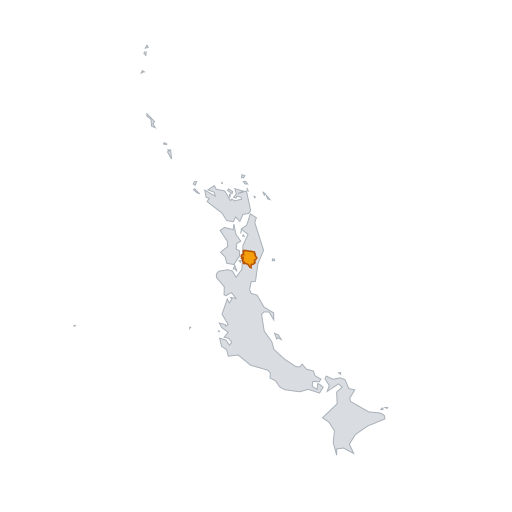 Okayama highlighted on a map of Japan, rotated 112°
{"feature_id": "JPN-1822", "entity_name": "Okayama", "entity_type": "Prefecture", "adm_level": 1, "iso_a3": "JPN", "parent_name": "Japan", "parent_adm1": "", "projection": "orthographic", "projection_center": [133.872, 34.876], "detail": "fine", "context": "in_parent", "style": "filled", "palette": "amber", "viewbox_px": 512, "rotation_deg": 112, "n_neighbors": 0, "source": "natural_earth", "source_scale": "10m", "svg_char_len": 6032}
<svg xmlns="http://www.w3.org/2000/svg" viewBox="0 0 512 512"><g transform="rotate(112 256 256)"><path d="M352.5,144.6L359.3,145.8L360.0,157.5L365.5,164.6L369.2,179.2L368.6,184.7L364.4,191.1L363.9,197.3L359.2,198.8L357.4,202.2L359.3,220.0L354.5,235.6L359.3,244.1L353.8,248.2L352.7,254.0L345.8,259.0L345.2,252.4L348.6,247.2L344.9,246.2L342.6,250.6L343.2,255.1L337.1,253.2L335.2,260.9L331.9,264.9L331.1,258.8L332.4,257.8L329.8,256.2L322.7,265.7L306.7,266.5L309.6,263.2L305.1,262.2L303.9,264.0L302.8,258.6L299.1,265.1L304.2,269.2L303.8,271.1L296.4,273.9L290.7,284.6L287.6,286.0L284.1,284.9L279.3,277.1L278.8,272.2L283.2,266.5L273.6,264.1L250.9,272.1L239.0,271.5L236.5,279.9L230.8,276.1L219.0,277.1L220.4,270.0L225.4,269.7L247.9,251.1L262.8,251.3L279.6,247.0L281.8,250.8L289.8,249.3L292.5,246.4L291.9,240.4L300.4,229.4L302.1,218.3L308.6,215.6L303.0,222.8L304.8,227.6L308.0,229.0L322.5,220.3L329.6,209.2L335.9,204.4L341.0,190.6L343.6,177.6L342.4,173.7L339.0,172.8L342.1,166.7L341.1,159.7L344.9,156.5L345.8,149.8L349.0,150.2L351.0,156.3L355.8,155.1L356.9,149.4L351.3,151.0L351.1,149.0L352.5,144.6ZM384.2,97.0L395.5,99.0L402.5,91.4L401.3,103.0L404.6,108.8L410.5,106.6L400.1,114.5L388.6,117.8L382.7,126.3L381.1,133.7L362.6,125.4L352.0,130.2L345.3,127.0L343.7,131.6L354.9,139.3L348.6,139.5L344.0,146.0L341.0,145.9L341.4,138.3L337.4,132.3L337.4,127.1L344.1,120.3L343.2,114.3L352.7,115.8L355.5,113.9L358.3,93.0L355.0,81.8L355.6,77.5L358.7,75.4L371.7,88.7L384.2,97.0ZM222.4,283.7L230.0,283.9L227.5,289.5L232.7,289.9L234.1,296.4L229.0,303.5L223.9,321.7L220.0,321.0L220.3,324.2L214.1,328.2L215.8,316.3L212.5,318.6L212.7,325.3L206.4,321.1L209.0,317.9L207.4,309.3L214.2,300.4L212.2,299.7L213.0,296.7L208.7,290.6L207.1,291.8L207.6,296.2L209.8,296.3L209.9,298.9L205.8,297.5L201.5,300.8L200.6,292.3L205.0,296.1L199.3,289.2L216.0,277.9L219.4,278.9L222.4,283.7ZM262.4,271.3L272.2,273.4L273.7,280.4L268.6,284.1L265.8,290.3L257.8,285.8L252.8,288.4L245.8,298.8L241.3,295.9L240.2,287.0L234.7,288.5L243.6,282.6L247.9,275.6L251.5,278.5L257.1,277.0L257.4,273.1L262.4,271.3ZM174.7,401.5L168.5,404.7L167.3,409.6L164.9,410.4L169.3,400.5L172.2,401.1L174.8,397.5L174.7,401.5ZM325.2,205.6L320.7,209.9L320.8,205.5L324.0,201.3L323.6,205.5L325.2,205.6ZM197.8,370.6L192.6,377.1L189.7,374.8L197.8,370.6ZM205.9,306.9L204.1,306.6L205.0,301.8L207.3,301.6L205.9,306.9ZM276.4,272.3L272.6,272.2L277.4,267.8L276.0,270.4L276.4,272.3ZM212.8,341.1L210.1,341.0L209.3,338.8L213.2,338.9L212.8,341.1ZM198.7,266.6L195.6,269.4L198.5,264.1L198.7,266.6ZM217.9,338.9L216.6,338.1L219.5,331.5L219.4,334.7L217.9,338.9ZM185.7,296.4L188.2,296.9L188.9,298.8L185.9,299.5L185.7,296.4ZM196.6,271.0L194.3,273.3L194.8,270.3L196.6,271.0ZM104.7,436.6L101.5,436.1L101.5,435.6L103.1,434.1L104.7,436.6ZM254.3,239.2L252.4,239.6L252.0,237.7L253.3,236.9L254.3,239.2ZM191.7,295.7L190.6,293.7L192.4,290.7L193.3,293.2L191.7,295.7ZM111.3,433.2L110.2,435.8L108.6,435.8L108.0,434.2L111.3,433.2ZM186.8,383.8L185.3,383.6L185.5,380.7L186.2,380.5L186.8,383.8ZM351.6,82.7L349.7,82.2L349.5,81.3L350.9,80.8L351.6,82.7ZM211.6,302.1L209.1,303.7L208.4,302.9L211.6,302.1ZM333.4,135.6L332.4,133.9L334.0,133.2L333.4,135.6ZM237.4,279.3L238.9,278.7L240.8,278.7L237.4,279.3ZM348.2,77.3L348.2,80.3L347.2,77.1L348.2,77.3ZM198.3,288.3L196.2,290.1L199.2,287.1L198.3,288.3ZM129.4,430.9L126.7,430.9L127.1,428.5L127.8,429.7L129.4,430.9ZM202.5,279.1L201.0,280.6L201.7,278.6L202.5,279.1ZM267.7,268.1L266.7,270.0L265.7,268.4L267.7,268.1ZM191.0,376.2L190.6,377.4L190.0,375.8L191.0,376.2ZM340.0,261.7L339.6,263.3L339.3,261.8L340.0,261.7ZM201.4,315.1L200.1,315.5L201.3,314.4L201.4,315.1ZM242.3,274.2L242.3,275.9L241.1,275.7L242.3,274.2ZM348.1,290.4L346.7,290.8L346.6,289.9L348.1,290.4ZM388.9,397.6L389.1,399.2L388.0,397.5L388.9,397.6Z" fill="#d9dde1" stroke="#a8b0b8" stroke-width="1"/><path d="M267.4,265.1L267.0,265.0L266.6,264.9L266.2,264.7L266.2,265.0L266.3,265.1L267.1,265.3L266.7,265.3L266.3,265.8L266.2,265.9L265.9,266.1L265.6,266.1L265.3,266.3L265.5,266.4L265.8,266.3L265.6,266.7L265.2,267.0L264.7,267.2L264.3,267.3L264.1,267.2L263.8,266.9L263.5,266.8L263.0,266.8L262.8,266.9L262.4,267.1L262.2,267.2L262.0,267.3L262.1,267.6L262.3,267.7L262.5,267.6L262.9,267.2L263.1,267.1L263.4,267.0L263.6,267.1L263.8,267.3L263.8,267.6L263.6,267.8L263.4,267.9L263.2,268.1L263.3,268.3L262.9,268.2L262.6,268.6L262.4,269.1L262.2,269.5L261.1,269.3L260.6,269.3L260.6,269.8L260.2,269.7L260.0,269.3L259.8,268.9L259.5,268.6L259.4,268.7L259.2,268.4L259.2,268.2L259.1,268.3L258.8,268.2L258.6,268.3L258.4,268.5L258.0,268.7L257.3,269.0L257.2,269.1L257.1,269.3L256.7,269.4L256.6,269.5L256.4,269.6L255.5,270.0L256.1,269.3L256.3,269.0L256.0,268.8L255.8,268.9L255.5,269.1L255.4,269.2L255.2,269.2L255.2,268.9L255.3,268.5L255.2,268.4L255.1,268.2L255.0,267.8L254.6,267.3L254.5,267.1L254.5,266.8L254.5,266.1L254.2,265.4L254.1,265.1L254.1,264.7L254.1,264.4L254.1,264.1L254.1,263.8L254.0,263.6L253.5,262.7L253.4,262.5L253.3,262.2L253.3,261.6L253.3,261.2L253.3,260.6L253.2,260.1L252.7,259.1L252.9,258.9L253.0,258.8L253.3,258.7L254.0,258.4L254.3,258.2L254.4,257.9L254.4,257.7L254.4,257.4L254.6,257.3L255.3,257.3L256.0,257.0L256.1,256.9L256.1,256.6L256.1,256.4L256.2,256.2L256.4,256.1L256.5,256.0L256.7,255.9L256.7,255.7L256.9,255.2L257.1,254.7L257.3,254.5L257.6,254.5L259.4,254.9L259.6,255.1L259.8,255.2L260.0,255.4L260.4,255.9L260.6,255.9L260.9,255.7L261.0,255.5L261.1,255.3L261.2,255.2L261.7,255.0L261.8,254.9L261.9,254.7L262.1,254.5L262.4,254.4L262.7,254.4L262.9,254.4L263.1,254.6L263.1,254.8L263.1,255.0L264.2,255.2L264.7,255.5L264.9,255.8L265.1,256.1L265.1,256.3L265.2,256.6L265.3,256.7L265.3,256.9L265.4,257.1L265.6,257.2L265.8,257.2L266.6,256.8L266.9,256.8L267.1,256.8L267.3,256.8L267.7,256.7L268.0,256.5L268.7,256.1L268.7,256.3L268.6,256.8L268.7,257.1L268.7,257.4L268.7,257.6L268.5,257.8L268.4,257.9L268.2,258.1L267.5,259.3L266.9,260.0L266.9,260.4L266.8,260.6L266.8,261.1L266.8,261.8L266.8,262.2L266.8,262.6L266.7,262.9L266.8,263.1L267.2,263.5L267.4,263.9L267.5,264.0L267.6,264.5L267.4,265.1L267.4,265.1Z" fill="#f59e0b" stroke="#b45309" stroke-width="1.5"/></g></svg>